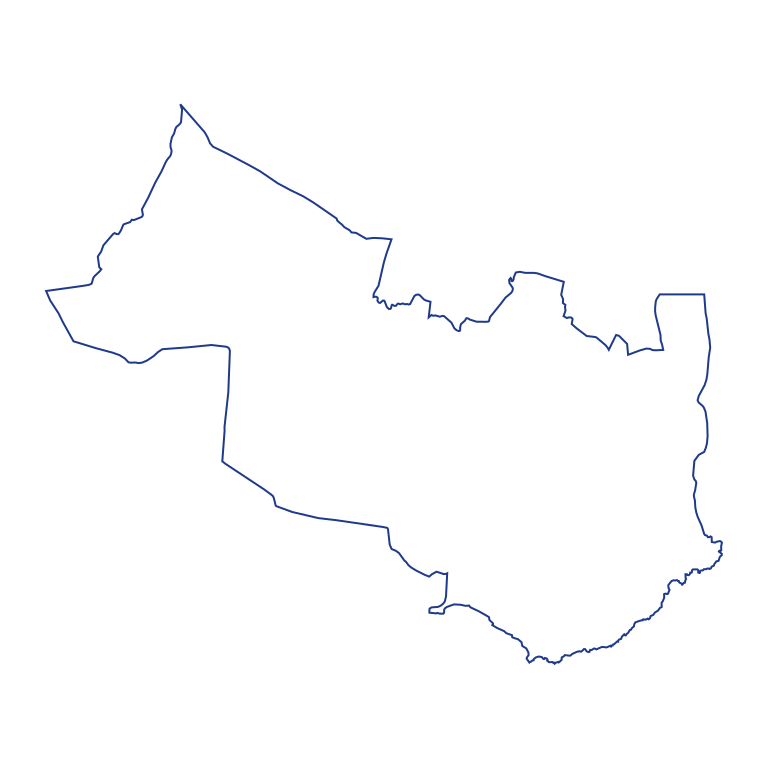 Thuan Nam, Ninh Thuận, Vietnam
{"feature_id": "81297802B94482771357603", "entity_name": "Thuan Nam", "entity_type": "district", "adm_level": 2, "iso_a3": "VNM", "parent_name": "Vietnam", "parent_adm1": "Ninh Thuận", "projection": "albers", "projection_center": [108.912, 11.451], "detail": "fine", "context": "isolated", "style": "outline", "palette": "blue", "viewbox_px": 768, "rotation_deg": 0, "n_neighbors": 0, "source": "geoboundaries", "source_scale": "gbopen_adm2", "svg_char_len": 6112}
<svg xmlns="http://www.w3.org/2000/svg" viewBox="0 0 768 768"><path d="M180.3,104.3L182.1,109.7L181.0,122.3L179.5,124.4L176.4,126.9L175.3,129.1L174.1,133.5L171.9,137.3L170.5,143.8L170.5,146.9L171.6,150.7L171.1,154.0L170.1,156.2L167.3,159.5L165.7,162.2L161.6,171.2L155.2,182.7L148.2,197.7L141.9,209.4L142.9,214.8L142.4,216.2L141.4,217.1L133.8,220.1L131.8,219.7L130.1,222.1L124.0,224.2L123.1,225.1L121.0,230.3L118.9,233.6L118.1,234.1L116.8,234.1L114.7,233.1L113.1,234.0L103.4,245.3L101.1,251.7L98.2,255.9L97.8,256.8L99.3,267.4L101.3,269.2L99.7,271.3L94.5,276.2L93.3,278.0L91.6,283.7L88.8,284.9L82.7,285.9L46.1,291.0L50.2,300.5L58.6,313.4L62.7,321.8L73.5,341.3L96.0,348.2L112.4,352.6L119.5,355.1L124.9,358.5L128.5,362.3L130.9,362.7L135.0,362.5L139.0,363.1L142.1,362.6L146.7,360.7L153.5,356.2L158.2,351.9L162.4,349.2L188.3,347.3L211.4,345.0L226.0,346.7L227.5,347.2L229.0,348.3L229.9,350.8L228.3,392.5L224.5,427.0L224.6,430.6L222.3,461.3L225.4,463.8L264.1,489.4L271.7,495.0L273.0,496.2L273.9,498.3L275.7,505.6L276.4,506.2L292.2,512.0L318.3,518.1L336.4,520.2L382.4,526.9L387.0,527.8L387.6,528.3L388.0,529.4L389.7,544.5L391.6,549.0L395.9,550.8L399.1,553.2L404.5,560.7L405.8,561.6L408.5,565.2L411.2,567.5L416.5,570.7L425.1,575.0L429.2,576.6L431.8,574.3L436.5,571.7L443.8,574.1L446.0,573.9L447.2,573.3L446.0,596.5L444.8,601.5L443.2,603.6L441.3,605.3L438.1,606.9L431.6,607.4L429.9,608.4L429.4,609.2L429.4,612.7L436.2,613.4L437.5,612.9L439.3,613.6L443.3,613.7L444.1,612.6L444.2,609.6L445.1,608.2L446.8,607.0L453.9,604.4L460.1,604.7L465.5,605.8L469.1,605.6L469.7,606.6L471.0,607.6L478.7,611.2L488.5,616.8L489.0,617.3L489.4,619.9L493.0,623.4L493.1,624.1L492.3,625.1L497.3,628.1L504.3,631.2L506.1,633.1L512.0,635.2L512.2,637.2L514.8,638.3L517.9,639.1L521.5,642.2L522.3,646.0L526.3,648.4L528.4,652.5L528.6,655.1L526.9,657.5L526.6,658.6L529.2,662.3L529.4,661.9L530.7,661.9L532.5,660.4L533.6,660.3L533.8,659.1L535.9,657.4L538.9,656.5L541.8,657.1L543.5,659.0L544.3,659.0L544.9,658.0L546.7,658.5L547.4,659.4L547.2,660.6L547.8,660.7L548.3,661.8L549.4,662.2L552.6,662.0L553.3,662.9L554.2,662.7L554.7,663.7L556.0,662.6L558.0,662.0L558.6,662.5L558.9,662.3L559.1,661.8L559.7,661.7L561.7,659.7L561.6,657.8L562.1,657.1L563.7,656.5L564.7,655.1L569.9,655.7L570.7,655.4L572.0,654.1L576.6,651.9L579.7,651.2L580.9,651.7L581.6,651.4L584.0,649.0L585.2,649.2L586.6,651.3L588.6,652.1L589.6,651.7L590.1,649.9L591.7,650.0L593.9,648.5L594.8,648.5L596.3,649.4L602.0,646.9L606.6,647.4L610.3,645.8L610.7,646.5L611.1,646.6L611.6,645.5L612.7,645.5L613.3,644.3L614.2,644.2L616.9,641.6L618.1,641.7L618.0,640.9L619.0,639.6L621.2,638.8L621.8,636.8L624.2,634.3L625.0,635.3L625.8,635.4L626.4,634.2L628.2,632.8L629.8,630.0L631.0,629.7L631.8,628.2L633.9,626.4L634.4,623.9L635.5,622.3L640.3,620.6L642.6,620.3L642.6,619.7L643.4,619.3L645.4,619.7L647.8,618.6L648.4,619.3L648.9,619.2L649.9,618.3L650.7,616.0L653.3,614.9L654.8,612.6L658.0,610.6L659.9,608.0L661.7,607.0L661.6,602.8L662.8,601.2L664.2,597.7L664.1,594.1L665.5,593.6L667.3,594.1L668.0,593.7L669.5,589.7L668.6,588.3L668.3,585.6L668.5,584.8L671.6,581.0L673.6,580.3L675.3,580.5L677.0,580.1L677.9,581.0L678.8,581.0L679.3,582.5L681.8,583.7L682.0,584.7L682.3,584.7L683.7,582.9L684.8,582.8L685.4,580.2L686.1,579.0L685.6,577.9L685.5,574.2L687.0,574.3L687.4,575.0L688.7,575.2L689.7,574.4L690.2,572.6L691.0,572.8L691.8,572.4L692.1,570.1L693.0,569.4L697.4,569.4L698.3,570.3L698.2,572.6L699.6,573.0L700.0,572.6L699.9,571.1L701.2,570.5L702.8,570.4L703.9,569.2L706.2,569.2L707.1,568.6L708.9,568.5L709.4,569.0L710.2,568.7L711.0,568.2L711.7,566.6L713.8,565.7L714.3,564.2L716.4,561.3L718.5,560.9L719.9,556.8L721.8,555.1L721.7,553.7L718.9,551.6L719.3,550.8L719.7,550.7L720.3,551.3L721.3,550.2L721.1,546.8L721.9,542.5L720.6,541.3L719.7,541.1L716.8,541.7L715.0,542.6L711.8,542.0L711.6,537.1L710.5,536.4L709.5,537.1L707.9,537.2L706.9,535.6L705.0,535.1L704.2,534.0L701.6,525.6L697.7,516.9L696.3,512.5L695.3,507.4L694.9,500.5L693.9,496.3L693.9,494.3L695.1,490.5L696.3,482.8L695.7,480.9L694.3,479.3L693.1,475.6L694.4,460.8L698.8,454.8L704.2,451.9L705.9,447.6L707.0,443.1L707.6,436.2L707.2,423.1L705.5,411.6L703.7,407.3L702.3,405.6L698.6,402.5L697.6,400.2L698.8,395.9L704.6,385.2L706.4,379.8L707.3,374.4L708.7,357.5L710.2,347.7L709.5,339.7L708.4,334.0L706.7,318.5L705.6,313.1L704.2,294.4L659.7,294.4L656.6,299.2L655.8,301.3L655.2,306.7L655.1,311.3L655.7,315.5L660.5,334.9L660.7,340.5L662.1,344.6L663.2,349.9L656.3,350.3L652.6,350.1L649.9,348.8L646.3,348.6L640.2,350.3L628.1,354.8L627.1,343.9L619.0,335.8L616.1,335.0L608.8,349.8L607.7,347.8L605.3,344.9L596.5,337.5L595.1,337.0L586.7,336.0L576.7,328.4L571.7,324.0L572.6,319.1L572.2,318.3L571.1,317.5L568.6,317.4L567.0,318.1L563.6,316.2L565.5,310.5L565.0,307.1L565.4,304.9L562.9,303.0L563.1,299.1L561.2,294.8L563.8,281.8L545.5,276.2L537.6,273.4L534.1,272.9L525.5,272.9L519.8,271.8L515.8,272.5L513.8,277.2L513.6,279.2L513.0,280.7L512.1,281.2L511.5,281.0L511.1,278.6L510.6,278.0L509.3,279.5L509.1,280.5L509.5,283.2L512.6,287.7L512.9,289.0L512.3,291.2L511.0,293.0L505.4,297.7L500.5,304.2L490.0,317.1L489.0,321.0L488.5,321.5L486.5,321.8L476.6,321.7L469.9,319.6L468.0,318.4L466.4,318.2L464.9,320.6L460.9,324.2L460.1,327.7L460.2,330.1L459.8,330.8L459.0,331.1L456.5,330.2L454.3,328.2L451.4,322.6L444.0,316.1L442.5,315.9L439.8,316.7L435.4,315.4L433.2,315.8L431.5,315.0L428.7,317.4L430.5,301.8L426.3,300.6L424.1,299.6L419.9,295.3L418.4,294.5L416.1,294.8L414.3,296.1L410.1,304.1L408.7,304.5L407.2,304.0L405.2,304.3L402.6,303.5L400.1,304.3L398.5,303.6L397.7,303.7L395.9,305.8L394.6,305.9L392.1,304.7L391.7,305.1L391.0,308.1L390.5,308.8L388.9,309.0L386.9,307.1L384.5,301.0L383.9,300.5L382.9,300.6L380.0,303.0L378.6,302.5L377.4,300.6L377.8,298.3L377.5,297.6L376.4,296.8L375.2,296.7L373.5,297.1L373.6,294.5L374.5,292.2L378.5,285.8L383.9,262.3L386.5,253.5L391.5,239.3L382.2,238.3L373.5,237.9L366.3,238.8L356.1,232.9L351.4,232.4L349.7,230.3L344.4,227.2L342.1,224.7L338.5,221.8L337.1,220.3L336.7,218.6L313.8,202.8L303.2,196.3L290.6,190.2L277.9,183.4L260.1,171.3L249.0,165.1L227.4,153.7L213.0,146.7L210.0,143.2L207.6,137.4L204.7,132.3L180.3,104.3Z" fill="none" stroke="#1e3a8a" stroke-width="2"/></svg>